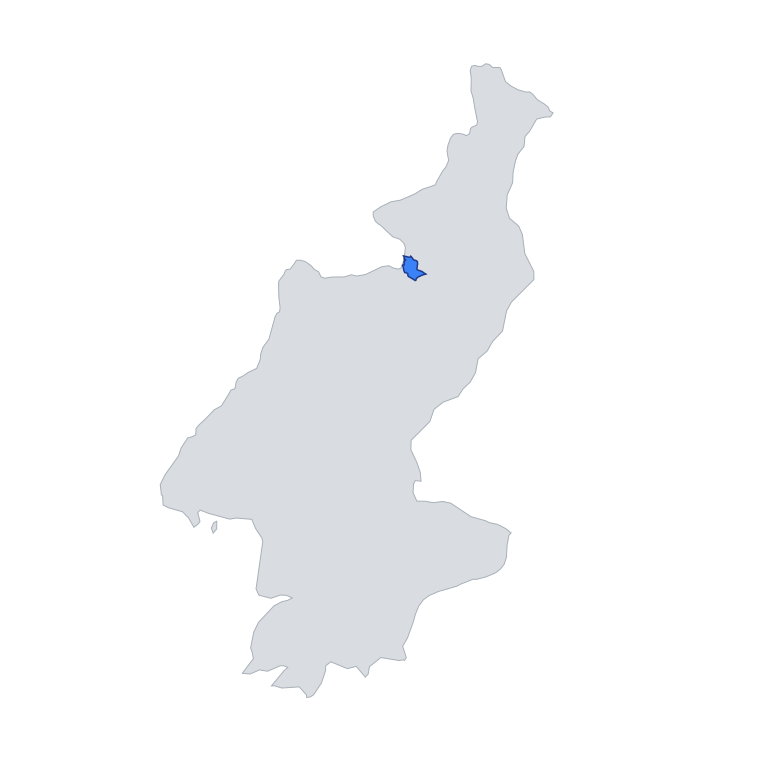 Hyesan City, Ryanggang, North Korea shown in context, rotated 341°
{"feature_id": "82179303B10222488142424", "entity_name": "Hyesan City", "entity_type": "district", "adm_level": 2, "iso_a3": "PRK", "parent_name": "North Korea", "parent_adm1": "Ryanggang", "projection": "orthographic", "projection_center": [128.237, 41.362], "detail": "fine", "context": "in_parent", "style": "filled", "palette": "blue", "viewbox_px": 768, "rotation_deg": 341, "n_neighbors": 0, "source": "geoboundaries", "source_scale": "gbopen_adm2", "svg_char_len": 4638}
<svg xmlns="http://www.w3.org/2000/svg" viewBox="0 0 768 768"><g transform="rotate(341 384 384)"><path d="M455.7,566.2L452.8,567.8L447.9,576.5L443.4,587.6L439.0,593.5L433.9,596.8L428.4,598.8L417.6,599.6L407.8,598.8L404.6,597.6L391.1,598.2L387.3,598.9L367.9,597.9L357.8,598.7L351.3,600.7L344.7,605.1L338.9,611.7L333.9,618.9L323.5,631.8L316.2,638.1L316.1,647.3L315.9,650.1L313.3,652.0L312.5,651.1L308.3,650.4L291.9,641.6L278.2,646.5L274.6,653.1L270.9,655.1L265.8,641.9L256.9,641.3L243.1,629.3L237.0,631.5L235.4,636.1L227.3,646.5L216.3,654.9L212.7,655.9L208.8,655.2L209.4,652.8L205.3,642.8L188.4,638.2L182.4,633.8L179.3,632.8L196.4,622.4L200.8,620.6L197.6,617.9L194.1,616.6L180.4,617.7L173.3,613.8L162.9,614.6L155.8,611.4L171.1,601.2L172.0,594.9L172.0,590.1L180.1,576.1L187.9,568.4L207.9,557.9L216.5,556.6L222.6,557.2L227.7,556.4L222.6,551.9L217.4,549.8L207.3,549.8L197.0,543.0L196.3,536.1L218.0,493.7L218.4,489.8L215.6,479.2L214.9,468.9L200.6,462.6L194.3,461.6L176.2,449.4L169.1,443.3L166.1,444.9L165.2,454.1L162.5,456.0L157.6,457.6L155.6,447.0L151.9,439.2L140.0,430.9L135.8,426.5L138.3,417.3L137.4,416.4L139.7,406.2L147.5,398.5L166.4,385.0L171.3,378.5L180.9,371.0L185.0,371.4L189.4,370.8L190.8,367.5L191.9,364.8L195.6,362.5L204.7,358.5L215.0,353.1L223.0,351.8L233.2,343.6L237.3,339.9L241.3,340.0L242.5,338.3L244.9,334.0L248.1,331.1L252.5,330.7L259.6,328.8L268.6,327.8L274.9,320.7L277.1,315.7L281.2,310.1L289.8,304.1L295.9,295.2L302.6,285.4L305.7,282.3L308.8,281.7L310.6,278.0L312.9,267.6L316.1,257.4L317.9,252.6L325.4,247.5L327.4,244.9L329.1,244.1L332.5,244.9L337.1,241.9L341.5,238.5L345.5,239.8L349.5,242.7L353.6,248.4L355.4,252.9L358.7,256.7L359.3,262.2L362.6,264.7L369.6,265.9L381.2,269.8L388.7,270.1L392.9,272.9L401.9,274.5L419.8,272.4L427.1,273.7L430.2,277.1L434.7,279.9L437.7,280.0L441.7,275.3L445.9,267.7L448.7,261.9L448.6,257.3L446.1,252.3L440.2,247.7L436.4,240.5L432.7,233.1L430.6,230.7L428.8,227.1L428.5,221.6L429.8,217.9L438.6,215.4L450.0,214.0L459.2,215.5L474.5,214.4L483.9,212.3L490.9,212.5L497.3,212.4L500.2,209.3L509.0,201.6L513.4,198.8L518.0,193.6L518.7,188.2L519.6,183.8L522.2,179.1L526.8,173.3L530.8,170.6L535.2,170.9L539.9,173.4L542.9,176.0L546.3,175.2L549.0,170.7L550.8,169.8L556.1,169.3L557.8,166.5L559.6,153.1L561.4,142.5L561.7,135.2L566.2,122.9L567.6,115.5L570.3,112.1L573.6,112.3L576.3,114.3L579.8,115.5L584.4,114.3L587.6,116.1L589.7,120.0L596.5,122.5L597.2,124.5L597.3,137.7L601.2,143.8L606.3,149.3L613.3,154.2L616.9,155.3L619.2,158.9L621.5,165.1L626.5,171.1L629.2,175.5L629.8,180.1L632.2,182.6L628.3,185.6L623.1,184.0L614.6,183.2L603.9,192.5L597.9,195.9L593.8,204.9L585.3,210.4L580.8,216.1L574.9,226.0L571.1,235.6L562.0,245.4L556.8,257.6L556.6,268.0L562.8,278.6L563.5,287.7L559.6,306.4L562.3,326.2L559.8,334.0L531.2,348.0L523.7,354.8L513.3,372.5L500.4,379.2L492.3,386.4L481.2,390.8L474.1,403.2L466.2,410.2L456.9,414.5L449.9,420.0L434.2,420.4L423.1,424.2L415.1,434.4L391.3,446.1L388.0,455.0L389.5,468.8L389.5,479.3L387.4,488.0L382.1,485.5L379.3,488.3L376.1,496.3L376.9,505.4L385.1,508.4L391.8,512.2L401.3,514.2L408.3,518.4L423.1,537.8L435.3,546.2L438.5,549.4L445.5,553.6L452.0,560.3L455.7,566.2ZM178.6,466.6L173.9,469.4L173.9,464.1L177.6,459.8L181.2,459.3L178.6,466.6Z" fill="#d9dde1" stroke="#a8b0b8" stroke-width="1"/><path d="M450.9,271.9L450.2,272.5L448.9,272.2L447.4,271.3L444.1,269.2L444.1,269.3L444.1,269.5L444.3,269.6L444.5,269.6L444.7,269.8L444.6,270.0L444.6,270.3L444.6,270.5L444.6,270.8L444.6,271.0L444.4,271.2L444.3,271.3L444.2,271.3L444.2,271.5L444.2,271.8L444.2,272.0L444.0,272.3L443.9,272.3L443.9,272.5L443.9,272.8L443.9,273.0L444.0,273.2L444.2,273.3L444.3,273.3L444.4,273.2L444.5,273.2L444.6,273.3L444.8,273.5L444.8,273.8L444.7,273.9L444.6,274.0L444.4,274.1L444.2,274.3L443.9,274.3L443.9,274.2L443.7,274.2L443.4,274.2L443.3,274.3L443.2,274.4L443.1,274.5L442.9,274.7L442.9,274.8L442.7,275.0L442.7,275.3L442.6,275.5L442.5,275.8L442.4,275.8L442.2,276.0L442.2,276.3L442.2,276.5L442.2,276.8L442.2,277.0L442.1,277.3L442.1,277.5L441.9,277.7L441.9,277.8L441.7,277.9L441.4,277.9L441.2,277.8L441.2,277.7L440.9,277.7L440.7,277.7L440.4,277.7L440.2,277.7L440.2,278.6L440.2,280.0L439.9,281.7L439.7,283.4L439.9,285.4L440.9,285.9L441.9,286.8L442.4,287.6L441.9,289.0L442.1,290.4L443.6,291.8L444.6,293.2L445.4,294.0L446.1,294.9L447.1,296.3L447.9,296.3L448.9,294.9L450.7,294.0L453.0,293.8L455.1,293.5L456.8,293.5L459.4,293.7L459.1,293.2L458.1,292.3L457.6,291.5L457.1,290.7L456.4,289.8L455.6,289.3L454.8,288.4L453.8,287.9L452.8,287.0L452.6,285.9L453.4,284.2L454.1,282.8L454.9,281.4L455.4,279.2L454.9,278.1L453.4,276.9L452.2,276.1L451.9,274.1L450.9,271.9Z" fill="#3b82f6" stroke="#1e3a8a" stroke-width="1.5"/></g></svg>